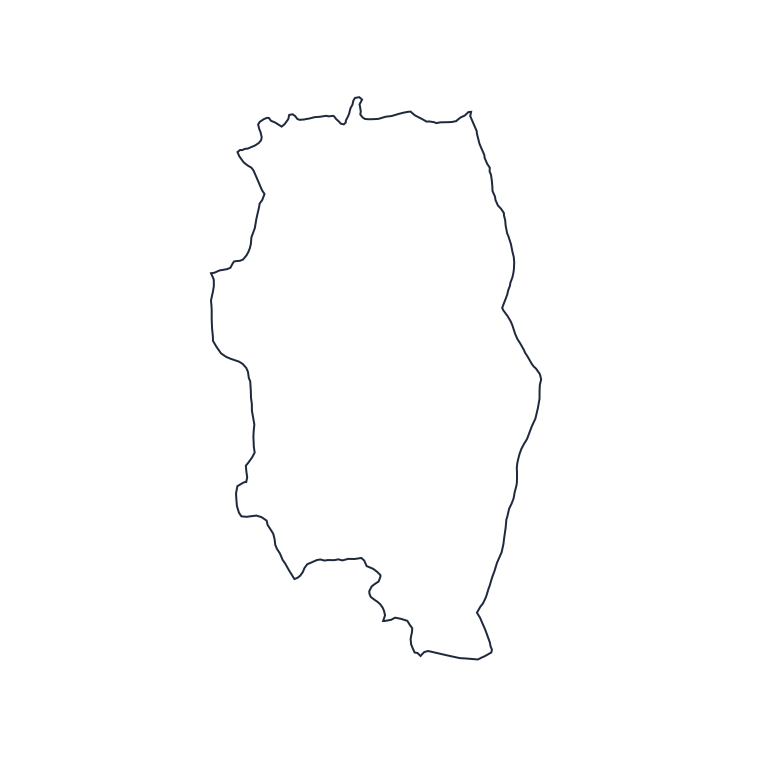 the district of Ahnasya, Bani Suwayf, Egypt, rotated 158°
{"feature_id": "37247803B37545732740300", "entity_name": "Ahnasya", "entity_type": "district", "adm_level": 2, "iso_a3": "EGY", "parent_name": "Egypt", "parent_adm1": "Bani Suwayf", "projection": "robinson", "projection_center": [30.943, 29.102], "detail": "fine", "context": "isolated", "style": "outline", "palette": "slate", "viewbox_px": 768, "rotation_deg": 158, "n_neighbors": 0, "source": "geoboundaries", "source_scale": "gbopen_adm2", "svg_char_len": 4789}
<svg xmlns="http://www.w3.org/2000/svg" viewBox="0 0 768 768"><g transform="rotate(158 384 384)"><path d="M452.0,118.1L449.5,119.4L447.0,120.4L443.1,119.9L441.8,119.0L431.5,111.8L428.8,109.9L421.5,104.9L417.5,102.2L416.3,101.4L410.8,98.8L404.1,95.4L400.1,93.4L395.9,93.8L395.2,93.8L392.5,93.9L389.3,94.3L385.0,94.9L383.4,97.5L383.5,101.0L382.7,104.4L382.2,117.4L382.3,122.6L382.4,125.2L382.5,131.2L383.5,137.2L377.7,141.7L374.5,143.4L369.6,147.9L367.3,150.6L363.9,154.9L361.5,157.5L356.6,163.7L351.8,169.0L346.1,176.0L338.0,183.9L333.2,190.9L330.8,195.3L325.2,204.9L321.2,212.7L319.6,214.5L314.7,221.5L310.7,225.1L306.6,229.5L303.4,234.7L299.4,240.0L298.7,241.2L297.8,242.6L295.7,247.5L293.8,252.2L292.3,256.5L289.9,260.9L288.8,262.5L287.5,264.4L284.2,268.8L282.6,270.5L281.0,272.3L276.9,275.8L272.0,279.4L269.6,282.0L263.1,289.1L256.6,295.2L251.0,303.1L250.3,304.1L245.4,311.9L242.2,319.7L239.8,324.9L236.6,329.3L235.9,333.7L235.9,335.6L236.8,338.8L236.8,339.7L237.7,342.3L238.6,344.0L239.5,347.4L240.5,355.1L241.5,360.3L241.5,362.9L242.5,370.6L243.5,375.8L243.6,381.8L243.0,390.5L243.1,394.8L244.0,400.8L244.9,404.2L245.8,407.7L245.9,410.3L242.7,413.8L239.4,417.3L236.2,420.8L233.8,424.3L230.5,427.8L228.9,430.5L224.9,434.9L222.5,438.4L221.0,441.0L220.1,442.7L219.3,444.5L217.7,448.0L216.1,453.2L215.4,458.4L213.9,466.2L213.3,474.8L213.4,477.4L211.9,485.2L210.3,490.4L209.6,495.6L208.8,497.4L209.8,502.5L211.5,506.8L211.7,512.8L210.9,516.3L211.0,518.9L211.1,522.3L209.5,526.7L207.9,531.9L206.4,538.0L206.5,541.4L204.9,544.9L205.8,549.2L205.9,551.8L206.0,556.1L205.2,558.7L205.3,563.0L205.4,565.6L205.5,570.8L204.8,576.0L204.1,581.2L203.3,583.8L203.4,587.2L203.5,591.5L203.6,595.8L203.7,600.1L201.3,603.7L202.6,604.1L203.8,604.5L208.7,602.6L212.8,602.5L216.1,601.6L218.6,600.7L222.8,601.5L225.3,602.3L229.5,603.9L233.7,605.5L237.8,606.3L239.5,608.0L243.7,610.5L246.2,611.3L249.6,615.6L254.7,621.5L256.2,624.4L257.3,626.6L259.9,627.4L264.0,628.2L269.0,628.9L276.5,629.6L282.3,631.2L289.8,631.9L294.8,633.6L299.0,635.2L302.4,636.9L304.1,639.4L305.0,642.8L303.4,645.5L302.6,648.9L301.9,652.4L297.8,655.9L298.3,657.0L299.5,659.2L303.7,660.1L306.2,658.3L308.6,654.8L311.8,652.2L315.0,647.8L316.7,646.0L320.7,642.5L321.5,640.8L324.0,639.8L325.3,640.7L326.5,641.5L327.4,644.1L329.1,647.5L330.0,650.9L330.9,651.8L334.2,652.6L335.9,653.4L336.8,654.2L340.0,655.0L343.4,655.8L348.4,657.4L354.3,658.2L357.6,659.0L358.4,659.0L363.4,660.6L365.1,662.3L366.0,665.7L367.7,668.3L371.1,669.0L373.5,665.5L377.6,662.9L379.2,662.0L382.5,661.0L386.8,667.0L390.2,670.4L391.1,673.8L392.8,674.6L396.1,674.6L401.0,673.6L403.5,671.8L404.2,666.6L404.1,664.0L404.9,658.8L406.5,656.2L409.7,654.4L413.9,653.5L417.2,653.4L418.8,653.4L422.2,653.3L424.7,654.1L428.0,654.0L429.7,654.9L433.0,653.9L432.9,651.6L432.9,649.6L431.9,645.3L431.0,641.9L428.5,637.6L425.9,634.2L425.0,630.8L424.8,623.0L424.7,617.9L424.6,612.7L424.5,609.2L423.6,604.9L428.1,600.1L431.7,597.9L433.3,595.2L438.2,588.2L440.6,584.7L445.4,576.9L449.4,572.5L451.9,569.8L455.0,563.7L457.5,560.2L459.2,558.4L459.9,557.6L463.1,554.9L468.1,552.2L471.4,552.2L473.9,553.0L477.2,553.8L479.7,552.0L482.9,549.3L486.3,549.3L490.4,550.1L493.8,550.9L499.6,550.7L502.9,551.5L502.8,549.4L502.7,544.6L505.1,538.5L507.1,535.2L508.3,533.3L513.1,526.3L514.7,521.1L516.2,516.7L519.4,508.9L522.5,500.2L524.8,492.4L526.4,488.1L525.9,484.6L525.4,481.2L524.3,476.5L524.1,475.5L523.6,473.4L520.2,468.3L516.8,464.9L510.0,459.0L507.5,455.6L505.7,450.5L505.6,446.2L507.1,440.1L507.1,438.8L507.0,436.7L510.2,427.1L512.5,421.0L514.0,415.0L516.4,408.9L517.2,405.4L517.9,401.9L519.4,395.0L522.6,388.9L525.0,383.7L526.5,379.3L528.1,375.0L529.6,368.9L533.7,365.4L539.4,361.8L542.7,360.0L544.3,354.8L545.8,348.7L548.5,344.7L549.3,345.2L551.5,345.2L558.2,344.2L562.2,338.0L564.5,331.1L565.0,329.4L566.1,325.9L566.7,319.0L565.8,314.7L560.8,312.2L557.5,311.4L551.6,309.8L547.4,306.4L544.0,301.3L544.7,297.0L542.8,286.7L543.5,281.5L545.1,275.4L545.0,271.1L544.0,265.9L543.9,262.5L543.9,259.0L542.9,254.7L541.9,247.0L541.0,241.8L540.5,238.9L540.1,236.7L536.7,236.7L533.4,237.7L529.4,240.3L526.9,243.0L522.8,245.6L520.3,245.7L518.4,245.7L516.2,245.8L512.0,245.9L508.7,245.1L505.3,242.6L502.0,241.8L496.1,239.3L492.0,238.5L488.6,236.0L482.8,235.3L476.9,232.8L470.2,231.2L468.5,227.8L468.4,225.2L468.3,221.7L465.0,218.4L463.3,216.7L460.7,212.4L458.9,208.1L459.7,206.4L463.0,202.9L467.9,201.9L471.2,201.0L475.3,197.4L476.1,194.8L476.0,191.4L473.4,187.1L471.7,184.6L470.0,181.2L469.0,176.9L469.0,173.4L469.7,169.1L473.6,164.6L472.5,164.1L465.8,162.7L464.9,162.8L461.3,163.2L456.2,159.9L453.8,157.9L452.5,156.8L451.1,155.7L450.2,150.5L449.3,147.1L450.9,143.6L453.3,140.1L454.9,137.5L456.4,132.3L456.4,128.8L456.2,123.6L453.7,122.0L452.0,118.1Z" fill="none" stroke="#1e293b" stroke-width="2"/></g></svg>